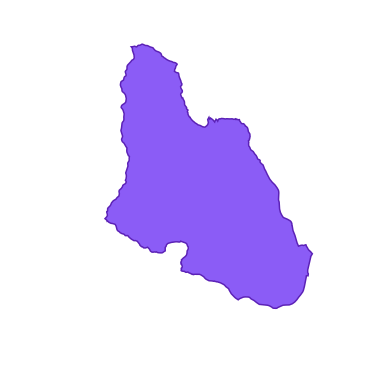 outline of Socha, Boyacá, Colombia, rotated 320°
{"feature_id": "7082276B6203898628626", "entity_name": "Socha", "entity_type": "district", "adm_level": 2, "iso_a3": "COL", "parent_name": "Colombia", "parent_adm1": "Boyacá", "projection": "mercator", "projection_center": [-72.683, 5.965], "detail": "fine", "context": "isolated", "style": "filled", "palette": "violet", "viewbox_px": 384, "rotation_deg": 320, "n_neighbors": 0, "source": "geoboundaries", "source_scale": "gbopen_adm2", "svg_char_len": 6057}
<svg xmlns="http://www.w3.org/2000/svg" viewBox="0 0 384 384"><g transform="rotate(320 192 192)"><path d="M108.2,156.5L108.6,158.6L108.2,159.8L108.6,159.8L108.9,161.9L109.8,163.9L110.8,165.0L112.2,167.1L112.3,167.6L112.1,168.8L111.6,170.1L110.5,172.3L110.2,173.4L110.3,174.4L110.8,175.8L110.8,177.0L111.6,178.9L112.6,180.3L112.9,181.3L112.8,182.4L113.1,182.8L114.8,184.1L114.7,185.7L115.1,188.6L116.1,191.5L116.3,192.0L117.4,192.8L118.3,194.3L118.4,194.8L118.3,198.2L117.9,199.4L118.2,201.4L118.4,201.8L118.8,202.1L119.1,203.8L120.3,204.9L122.5,205.8L122.7,208.1L122.2,210.6L122.6,212.2L123.4,213.0L125.0,214.0L125.5,214.7L126.2,214.9L126.6,216.1L127.7,217.4L129.6,219.1L130.3,219.5L131.1,219.6L132.7,219.7L133.6,219.9L135.9,217.2L137.1,217.0L138.3,216.2L138.8,216.0L140.3,215.9L141.0,216.1L143.9,217.4L147.4,219.6L148.5,220.5L150.1,222.2L151.2,222.6L151.7,222.4L154.4,227.0L154.6,228.6L153.8,230.7L153.9,231.4L152.8,232.9L152.1,233.4L150.4,234.0L148.9,235.6L147.5,236.6L146.8,236.9L145.1,237.1L142.9,237.0L140.3,237.2L139.9,238.0L138.3,238.6L138.1,239.6L137.7,239.6L137.6,240.1L137.3,240.2L137.3,241.4L136.7,242.8L135.8,243.5L135.2,243.4L135.0,243.7L134.5,243.8L134.5,244.1L134.1,244.6L133.4,244.8L133.2,245.4L133.3,245.8L133.9,246.5L134.0,246.8L135.3,248.0L135.3,248.7L135.7,249.6L137.4,250.7L137.6,251.7L138.7,253.8L138.8,254.4L139.1,254.6L139.2,255.3L139.9,255.6L140.1,256.3L141.1,256.7L144.9,259.9L145.6,261.4L146.5,264.4L146.5,266.4L146.7,267.8L148.0,270.9L150.3,273.1L151.1,274.2L151.8,274.5L152.1,275.3L152.7,275.8L152.9,276.4L153.6,277.0L155.4,279.8L156.9,283.4L157.1,284.5L157.1,286.3L157.8,289.1L157.8,290.1L157.4,291.2L156.7,295.2L157.0,299.7L157.2,301.2L158.1,304.3L159.8,304.3L163.7,305.5L165.4,306.6L167.7,308.7L168.4,309.9L168.5,311.7L169.8,315.0L170.4,318.1L171.3,321.3L177.1,327.3L178.1,328.8L179.1,331.4L179.3,332.7L179.9,333.6L181.7,335.2L182.4,335.6L183.3,335.6L188.9,337.2L191.0,338.7L194.1,341.1L197.1,342.1L200.0,342.3L203.1,341.9L206.2,341.1L209.0,340.6L212.5,339.7L214.0,339.0L217.4,336.6L224.8,330.6L225.7,329.7L226.2,329.9L227.0,330.8L228.3,329.7L228.6,329.3L228.9,328.0L230.5,326.1L241.3,318.0L241.3,317.8L244.5,316.7L244.5,313.8L244.2,312.0L244.2,310.4L244.6,308.8L244.8,306.9L245.3,306.0L245.3,305.6L243.0,304.6L242.3,303.6L241.3,302.9L238.8,301.9L239.8,298.5L242.9,291.5L244.6,286.4L246.9,282.5L247.2,282.0L247.1,281.8L247.9,280.8L248.4,280.0L248.3,279.8L248.6,279.1L248.8,278.2L248.6,276.9L247.6,274.2L245.7,270.5L245.6,269.2L246.0,266.9L246.6,264.5L248.1,261.4L252.3,255.7L253.0,254.0L253.5,253.3L257.9,248.5L258.7,247.4L259.3,246.3L259.8,243.8L260.0,241.3L260.1,239.7L259.7,236.0L259.8,232.2L260.9,227.1L262.2,222.3L262.1,221.8L263.8,217.0L263.4,214.9L263.3,213.2L263.6,212.5L264.3,211.9L264.5,211.3L264.3,210.5L263.8,209.8L263.6,208.6L264.2,207.1L264.6,205.2L264.5,203.3L264.9,200.4L264.2,197.6L264.3,196.8L265.0,194.9L265.1,193.2L266.2,191.6L266.4,191.5L266.9,190.8L267.5,190.4L267.6,189.9L267.9,189.6L268.2,189.0L269.3,189.0L269.6,188.9L270.1,188.2L271.1,187.8L271.4,187.3L272.3,186.7L272.9,185.7L273.6,184.8L274.0,182.0L275.3,179.7L275.8,178.3L275.7,176.7L275.2,175.8L275.5,175.3L275.5,173.1L275.1,172.5L274.3,171.9L274.0,171.3L274.0,170.4L274.2,169.2L274.2,168.3L274.8,167.0L274.0,166.5L273.7,166.3L273.6,165.7L272.6,164.9L272.8,164.2L272.7,164.0L272.2,163.8L271.7,164.1L270.9,163.1L270.5,163.0L269.9,161.8L267.8,160.2L265.7,158.2L264.5,157.5L263.0,155.7L261.7,154.5L261.0,154.3L260.3,153.9L259.9,153.4L258.3,153.6L257.3,154.2L257.5,153.1L257.2,151.7L256.2,152.2L255.1,152.4L254.4,152.9L254.4,150.0L253.7,147.2L252.5,147.6L252.5,146.9L253.0,145.7L250.6,146.6L249.1,149.4L247.5,150.4L246.2,150.7L244.7,150.7L243.7,150.6L243.2,150.3L242.0,148.7L241.1,146.4L239.7,144.3L239.4,142.5L238.9,141.6L238.6,139.4L238.4,138.8L238.2,136.4L238.3,134.3L238.6,133.7L238.5,133.2L238.3,133.1L238.3,132.2L238.9,129.8L239.8,128.7L239.9,127.7L240.5,127.1L241.4,126.8L241.6,126.5L241.3,124.9L241.4,124.5L242.1,123.9L242.2,123.5L242.3,120.9L242.7,120.0L244.1,118.2L244.5,117.3L244.9,115.3L245.4,113.9L244.8,113.5L245.7,110.6L246.1,109.9L246.7,109.5L247.0,109.3L248.2,109.4L249.3,108.7L249.8,108.0L250.2,105.4L250.8,104.2L251.1,103.8L251.6,103.7L252.7,103.6L253.3,103.2L253.9,102.4L254.0,101.4L254.9,99.6L255.9,96.5L256.6,94.8L257.6,93.2L258.0,92.4L257.9,91.8L256.8,90.4L256.1,88.3L257.1,87.5L257.6,86.9L258.7,86.6L260.6,85.2L262.6,84.7L262.8,84.5L262.7,83.5L262.3,82.3L261.7,81.4L261.1,80.9L260.3,78.9L259.8,78.4L258.6,76.3L257.7,74.1L257.4,72.5L256.9,71.2L256.8,69.8L256.3,68.9L256.3,68.5L257.1,66.4L257.2,65.5L256.6,63.5L255.3,61.3L254.8,59.9L254.7,58.0L254.8,56.5L254.6,56.1L253.0,53.6L252.2,51.6L251.9,51.1L250.5,49.8L249.2,47.1L248.7,46.6L246.6,46.2L245.1,45.1L244.3,45.1L243.1,45.3L242.6,45.0L241.7,43.4L240.2,42.7L238.8,41.7L238.7,43.5L237.4,45.3L235.7,49.7L233.9,52.2L232.7,52.7L231.9,52.7L230.4,52.4L229.2,52.8L224.2,53.4L223.0,54.0L221.4,55.8L220.8,56.3L219.0,56.6L218.4,56.8L217.9,57.5L217.0,59.6L216.2,60.5L215.6,60.5L214.6,60.3L213.7,60.6L211.5,62.2L209.1,61.9L208.3,62.0L207.1,62.9L206.0,63.9L205.7,64.4L205.0,66.2L204.7,67.7L203.4,69.5L203.2,70.4L203.6,72.7L203.5,74.5L203.2,75.3L201.7,78.2L199.1,80.5L197.4,80.8L195.1,80.5L194.0,80.5L193.2,80.8L192.2,81.5L192.0,81.9L192.0,83.8L191.7,85.2L190.3,88.5L188.0,90.7L186.7,92.4L185.7,93.3L185.0,93.6L183.9,93.8L182.8,94.2L179.0,97.8L177.3,99.0L176.9,99.5L174.8,104.5L173.9,105.3L172.1,106.2L171.7,106.7L171.2,107.8L171.0,108.8L171.3,111.0L170.6,114.8L170.5,116.4L168.6,118.4L167.8,119.6L166.6,123.3L166.9,124.3L166.8,124.7L165.7,125.6L164.3,127.3L163.4,127.8L161.8,128.3L161.1,128.8L159.6,131.0L153.6,134.7L153.1,135.5L152.8,136.4L151.9,137.7L150.1,139.4L148.5,140.2L148.3,141.6L148.1,142.0L147.4,142.4L146.5,142.8L144.7,142.5L143.6,142.4L143.2,142.5L142.0,143.3L140.2,143.8L137.4,143.9L136.4,144.7L135.2,146.7L133.4,148.1L131.1,148.1L129.1,148.6L126.1,148.1L123.3,148.6L121.7,149.5L120.7,149.9L117.4,150.2L116.7,150.5L115.1,152.3L114.8,152.4L114.2,152.2L113.8,152.5L112.7,154.8L112.0,155.7L110.6,156.2L108.2,156.5Z" fill="#8b5cf6" stroke="#5b21b6" stroke-width="1.5"/></g></svg>